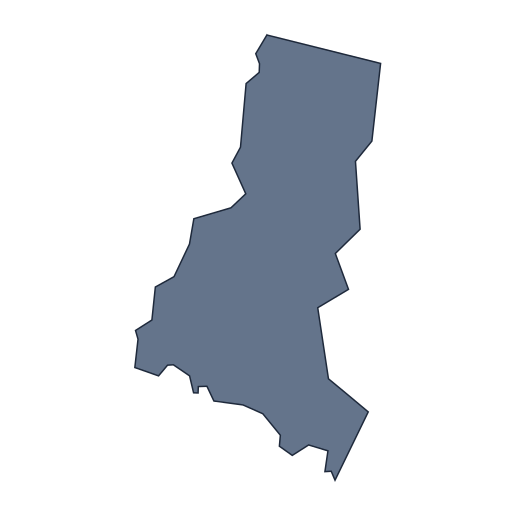 outline of Gogrial West, Warrap, South Sudan, rotated 182°
{"feature_id": "79223893B68653566735715", "entity_name": "Gogrial West", "entity_type": "district", "adm_level": 2, "iso_a3": "SSD", "parent_name": "South Sudan", "parent_adm1": "Warrap", "projection": "albers", "projection_center": [28.129, 8.576], "detail": "fine", "context": "isolated", "style": "filled", "palette": "slate", "viewbox_px": 512, "rotation_deg": 182, "n_neighbors": 0, "source": "geoboundaries", "source_scale": "gbopen_adm2", "svg_char_len": 774}
<svg xmlns="http://www.w3.org/2000/svg" viewBox="0 0 512 512"><g transform="rotate(182 256 256)"><path d="M152.9,286.4L159.9,354.1L144.2,374.9L138.2,452.8L252.7,477.2L252.8,477.3L263.3,458.2L259.2,448.3L259.2,439.6L271.9,428.0L275.3,364.2L283.3,348.0L268.4,317.8L282.7,303.3L319.4,291.1L322.9,265.6L337.2,232.5L355.5,221.5L357.8,188.4L373.8,177.4L371.0,168.7L373.2,140.3L349.2,132.8L340.6,143.8L334.8,144.4L318.2,133.9L313.6,117.1L309.1,117.1L309.1,123.5L300.5,124.1L293.0,109.6L263.8,106.7L243.7,98.6L225.4,77.7L226.0,66.7L212.8,58.0L196.8,69.0L177.3,63.8L179.6,42.9L173.3,43.5L169.2,34.7L138.4,104.1L159.7,120.7L179.3,135.8L192.5,206.4L192.5,206.5L162.4,225.9L176.8,261.2L176.8,261.3L152.9,286.4L152.9,286.4Z" fill="#64748b" stroke="#1e293b" stroke-width="1.5"/></g></svg>